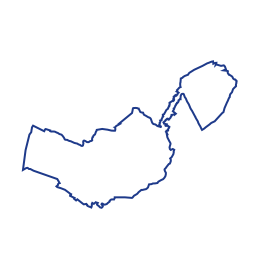 the district of San Simón Almolongas, Oaxaca, Mexico, rotated 15°
{"feature_id": "50627088B54769814665330", "entity_name": "San Simón Almolongas", "entity_type": "district", "adm_level": 2, "iso_a3": "MEX", "parent_name": "Mexico", "parent_adm1": "Oaxaca", "projection": "mercator", "projection_center": [-96.713, 16.412], "detail": "fine", "context": "isolated", "style": "outline", "palette": "blue", "viewbox_px": 256, "rotation_deg": 15, "n_neighbors": 0, "source": "geoboundaries", "source_scale": "gbopen_adm2", "svg_char_len": 5802}
<svg xmlns="http://www.w3.org/2000/svg" viewBox="0 0 256 256"><g transform="rotate(15 128 128)"><path d="M35.7,150.3L35.2,151.9L35.1,152.6L35.3,153.6L35.3,154.6L35.5,156.0L35.6,157.1L34.5,159.9L34.8,175.9L37.4,195.7L40.1,193.0L41.3,192.5L43.0,193.2L44.3,192.9L47.8,193.7L72.9,195.6L76.2,198.9L75.5,199.3L74.9,200.5L75.1,201.3L74.0,202.9L75.0,203.4L78.5,203.5L83.1,204.0L89.6,206.6L91.1,206.8L89.5,207.1L89.6,208.5L94.5,209.4L94.2,210.3L96.6,211.4L97.5,210.0L103.7,212.7L105.0,213.2L107.4,212.1L108.1,212.9L108.5,212.8L108.7,213.1L108.9,213.6L109.5,213.8L111.5,214.1L112.2,213.9L112.6,214.2L113.1,214.3L113.2,213.7L113.2,212.8L113.0,211.7L112.7,210.7L112.9,209.6L114.6,210.1L115.9,208.4L116.0,208.1L118.2,208.2L117.8,209.5L117.8,209.8L118.3,210.3L119.9,210.9L121.6,211.9L123.1,211.9L123.5,211.4L123.9,210.5L123.9,210.0L123.1,209.2L122.2,208.7L122.2,208.0L122.4,207.7L123.0,207.6L123.4,207.8L124.4,208.1L125.2,208.1L126.0,207.7L127.2,206.9L127.8,205.8L129.2,204.0L129.1,203.5L129.3,203.4L129.5,202.4L130.3,201.4L132.4,200.7L132.9,200.7L133.3,199.3L133.1,198.4L142.8,195.8L149.9,194.5L150.4,194.0L151.3,191.9L153.6,189.6L154.2,188.7L154.8,187.3L155.9,185.8L156.9,184.4L158.2,184.0L159.4,183.3L161.2,182.4L162.1,181.3L162.7,180.2L162.9,177.0L165.3,176.1L166.3,175.2L168.5,174.5L170.7,173.5L171.2,172.0L173.4,169.8L175.2,168.3L176.1,166.5L176.6,164.7L176.5,162.7L176.1,161.3L175.3,160.6L174.8,160.0L174.1,158.9L174.1,158.2L174.8,157.0L175.4,155.3L176.7,152.3L177.6,151.6L177.8,150.6L177.9,149.0L177.7,148.0L177.4,147.3L176.6,146.5L177.7,144.9L177.9,144.2L178.3,142.6L178.5,141.9L178.6,141.2L178.5,140.6L178.5,139.7L178.2,139.0L178.3,137.1L176.7,136.7L175.0,138.1L173.9,137.5L173.1,135.8L173.2,132.3L172.7,131.4L171.3,130.0L168.5,126.9L166.5,122.8L166.9,122.9L166.5,122.4L165.7,121.9L165.9,121.6L165.8,121.1L165.9,120.6L166.5,120.6L167.3,120.2L167.4,119.9L167.0,119.1L167.0,118.9L167.6,117.2L167.7,116.8L167.6,116.1L166.5,116.1L166.1,115.6L165.6,115.4L164.8,115.9L163.9,116.2L163.7,116.1L164.2,115.4L164.4,114.4L161.7,114.5L161.5,114.3L161.2,113.5L160.9,113.3L161.1,113.1L161.3,112.5L161.9,112.0L162.5,110.7L162.3,110.6L163.4,108.9L163.6,108.8L164.5,109.4L164.9,109.5L165.5,109.1L165.3,108.4L165.9,108.0L166.5,106.8L166.5,105.8L166.9,105.2L167.0,104.9L166.6,104.3L166.6,104.1L167.9,103.6L168.3,103.3L169.6,102.7L169.7,102.9L170.5,101.8L167.0,100.2L167.6,97.9L167.1,97.3L167.7,96.6L167.7,95.9L168.0,95.1L167.9,94.0L168.4,93.3L168.3,92.4L168.7,92.1L168.9,91.6L169.0,91.5L168.8,91.2L168.8,90.9L169.6,90.3L169.9,89.5L169.9,89.1L169.6,88.4L169.6,88.2L170.3,87.4L170.5,86.8L171.3,86.6L171.0,85.6L170.6,83.2L170.8,82.0L171.0,81.4L171.6,81.0L172.3,80.7L173.1,80.9L174.9,83.5L176.2,84.5L177.7,86.5L178.4,87.3L180.2,89.0L180.7,89.5L183.3,92.9L184.9,94.4L185.3,94.7L189.4,99.1L190.1,99.7L190.1,99.9L191.5,101.4L193.7,103.5L194.6,104.9L196.2,106.6L197.2,107.5L199.3,110.0L200.0,110.7L201.7,108.9L202.8,107.3L206.2,103.0L206.4,102.5L207.3,101.4L210.0,99.1L214.4,90.6L215.2,89.1L216.1,88.0L216.1,83.8L217.0,77.7L217.4,75.8L217.7,73.3L218.0,72.3L218.3,71.7L218.0,70.8L218.0,69.0L219.2,66.5L219.4,63.3L220.3,61.6L221.5,59.7L221.5,59.4L221.1,58.7L221.0,57.5L221.1,56.9L220.7,55.5L220.9,55.4L220.8,54.6L220.6,54.5L220.4,54.2L218.9,53.4L218.5,53.6L217.3,53.3L216.7,52.9L215.4,51.4L213.2,50.6L212.3,50.5L211.8,50.5L211.4,50.1L211.5,50.0L210.6,49.6L210.2,49.1L209.8,48.1L209.8,47.3L209.2,47.2L208.4,47.2L205.4,47.6L206.1,47.0L207.2,46.5L207.5,46.1L205.7,43.5L204.3,42.7L201.8,43.9L198.1,43.8L197.0,43.5L196.4,44.4L196.4,42.2L195.3,42.6L193.8,43.8L193.5,42.9L192.9,41.7L192.4,42.1L192.0,42.0L191.4,42.5L190.8,42.8L189.6,43.8L187.7,45.1L183.8,48.8L176.9,54.6L173.0,58.8L172.5,59.8L172.3,60.9L169.4,63.0L169.1,63.4L168.2,64.2L167.6,65.4L166.2,66.5L166.7,69.3L166.9,70.5L166.8,70.9L167.1,72.3L167.8,74.4L168.2,74.8L167.6,75.3L167.2,75.7L166.8,76.3L166.5,77.0L165.5,78.8L166.1,79.4L166.0,80.0L165.8,80.2L166.8,80.4L167.7,80.8L167.4,81.2L167.1,81.5L167.1,82.8L166.7,83.1L166.6,83.9L166.0,84.6L165.3,84.0L164.8,84.6L164.7,85.1L164.0,85.9L164.0,86.2L164.7,86.9L164.2,88.2L164.3,88.5L165.0,88.6L164.9,89.1L165.2,89.4L165.2,89.5L164.6,90.3L164.0,90.2L163.1,91.3L162.9,91.4L162.3,92.2L161.7,92.6L161.5,93.1L162.0,93.7L162.1,93.9L162.0,94.4L162.2,94.7L162.2,95.0L162.2,95.4L162.0,95.5L161.9,95.9L162.0,96.0L162.2,96.5L161.6,97.6L161.6,98.3L161.7,98.6L161.6,99.1L160.5,100.4L160.0,102.2L159.8,103.3L159.4,104.5L159.4,104.9L159.3,105.3L158.2,106.1L158.7,107.3L158.6,107.5L159.0,107.7L158.2,110.2L158.4,111.6L157.2,112.4L157.6,112.8L157.6,113.7L157.2,114.9L157.7,115.7L157.6,116.7L157.3,116.8L157.5,117.8L158.3,117.7L159.3,117.9L159.8,119.0L159.4,118.7L158.9,118.5L158.2,118.5L156.3,118.5L155.4,118.3L154.4,117.8L153.6,117.5L151.5,117.6L150.2,116.8L149.6,116.1L147.8,113.4L147.1,112.8L146.1,112.4L145.1,112.4L143.9,112.1L142.3,111.6L140.1,111.1L139.8,110.9L138.6,109.3L136.8,109.5L135.7,109.3L133.3,106.5L133.0,106.7L131.8,106.4L130.3,106.6L127.9,107.4L127.7,108.3L127.9,110.1L128.0,112.5L118.3,126.0L119.2,126.1L117.9,127.4L116.4,128.8L115.8,129.6L115.5,130.6L115.2,130.8L115.5,130.9L115.6,131.1L116.1,132.5L116.2,133.9L115.5,134.2L112.6,134.8L108.8,134.9L103.3,135.6L98.3,137.9L98.3,139.0L98.0,139.8L97.8,142.6L97.5,143.2L96.8,143.9L96.6,144.4L96.6,145.6L96.1,146.1L96.1,147.3L96.2,148.2L96.6,149.1L96.2,149.8L94.7,150.6L94.2,151.2L93.8,151.7L93.2,152.0L92.0,152.2L90.1,151.6L88.8,151.5L88.2,152.3L88.4,153.4L88.9,154.3L89.0,156.4L88.8,156.9L88.3,157.2L87.5,157.3L86.2,156.8L84.2,156.6L83.2,156.2L80.1,156.3L76.1,155.6L74.7,155.7L73.3,155.5L72.6,155.2L70.9,155.5L69.9,155.4L68.6,153.9L67.0,152.6L65.6,151.7L64.7,151.6L63.4,151.6L61.3,150.9L60.4,150.9L58.6,150.5L57.9,150.5L56.3,150.8L55.2,151.2L54.5,151.3L53.5,151.2L53.2,150.9L53.3,150.5L48.8,150.3L48.3,150.8L47.9,152.8L35.7,150.3Z" fill="none" stroke="#1e3a8a" stroke-width="2"/></g></svg>